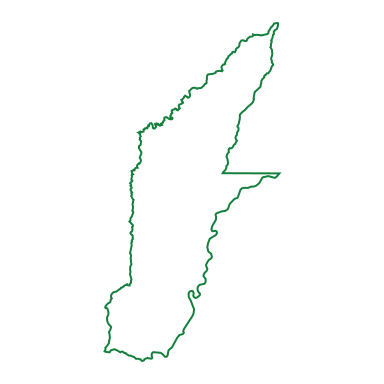 Araguaiana, Mato Grosso, Brazil (orthographic projection)
{"feature_id": "56859067B99651532330055", "entity_name": "Araguaiana", "entity_type": "district", "adm_level": 2, "iso_a3": "BRA", "parent_name": "Brazil", "parent_adm1": "Mato Grosso", "projection": "orthographic", "projection_center": [-51.78, -15.076], "detail": "fine", "context": "isolated", "style": "outline", "palette": "green", "viewbox_px": 384, "rotation_deg": 0, "n_neighbors": 0, "source": "geoboundaries", "source_scale": "gbopen_adm2", "svg_char_len": 6005}
<svg xmlns="http://www.w3.org/2000/svg" viewBox="0 0 384 384"><path d="M182.0,101.4L182.7,101.8L183.1,102.7L180.8,104.2L179.1,104.6L178.7,105.6L179.4,107.4L178.9,108.1L179.6,108.6L177.8,110.3L176.6,109.9L176.3,108.9L175.3,108.5L173.7,109.7L172.3,109.9L171.7,110.9L171.8,111.8L172.3,112.3L172.2,113.3L171.2,113.8L170.9,115.2L170.3,115.8L170.3,117.1L170.6,117.7L171.9,117.5L172.5,118.2L172.2,119.0L170.8,119.4L168.8,118.8L166.4,117.1L164.4,117.6L164.2,119.3L164.5,120.1L163.1,121.4L162.8,122.8L161.6,123.3L161.6,124.1L162.1,124.9L160.2,125.6L160.0,124.7L159.5,125.2L158.2,124.9L158.1,124.0L157.3,124.2L156.7,123.4L155.2,123.8L155.1,124.6L156.0,126.1L156.0,126.8L154.8,128.4L153.9,128.6L153.0,128.0L152.5,124.8L151.3,123.2L150.1,123.4L149.3,124.4L149.0,125.8L148.3,125.4L147.4,128.1L146.5,127.7L145.1,128.9L144.6,128.6L143.5,129.7L143.8,130.6L143.5,131.5L141.9,132.0L140.2,131.5L138.7,132.4L139.7,132.6L139.4,133.4L140.2,133.5L139.9,134.5L140.8,136.4L139.8,137.7L140.1,138.4L139.7,139.6L141.1,141.2L140.6,144.9L139.0,146.0L138.9,146.9L138.9,148.0L141.3,152.2L141.3,153.8L139.8,157.2L139.8,157.9L140.9,159.9L140.7,161.9L139.4,163.7L138.7,163.5L138.5,164.1L137.8,164.3L137.0,165.8L137.1,166.9L137.6,167.7L136.1,167.8L135.4,168.2L134.7,169.3L133.9,169.6L134.3,170.4L131.6,170.9L132.0,173.0L132.9,174.2L132.0,174.4L131.6,175.2L132.1,176.0L132.0,176.7L131.3,179.3L132.3,180.5L132.2,181.3L131.4,181.5L130.1,183.3L131.0,184.2L131.2,185.3L130.5,185.9L131.7,187.7L131.5,188.3L130.5,189.1L130.6,190.1L132.1,192.5L131.3,193.0L132.0,194.7L131.2,196.0L133.0,199.5L133.6,199.9L133.0,201.3L133.1,202.1L132.5,204.1L133.0,206.7L132.8,209.3L132.3,210.7L132.8,211.0L133.3,212.4L131.8,216.4L130.5,218.4L130.4,220.5L129.4,221.5L132.7,224.9L132.9,225.6L132.7,226.6L132.1,227.0L132.5,229.3L131.9,231.5L130.8,232.2L130.4,233.0L130.8,234.0L131.6,234.8L132.2,234.9L132.7,235.9L132.8,236.8L132.5,237.8L132.9,238.9L131.7,240.5L132.1,241.7L131.3,242.9L131.7,245.2L130.0,253.4L130.7,254.0L131.0,255.3L130.7,259.0L131.0,260.0L130.9,262.0L131.5,264.1L130.3,266.5L130.1,269.5L130.5,272.1L129.9,273.9L131.5,279.6L131.0,280.8L131.0,282.7L129.5,284.5L129.5,285.5L127.3,285.1L127.0,284.3L123.9,285.9L123.6,286.6L121.8,287.6L121.0,287.7L120.5,288.8L119.8,289.0L116.5,291.5L113.4,292.3L111.5,294.3L111.1,295.3L111.1,297.5L111.8,298.4L110.7,299.8L110.4,301.8L109.5,302.7L108.0,303.4L106.5,305.0L105.4,306.5L105.2,307.4L105.6,308.1L106.5,308.0L107.3,308.5L108.1,310.7L108.5,313.9L107.1,317.4L107.2,320.7L108.2,323.5L111.1,326.9L110.4,329.7L108.9,332.2L109.4,333.4L109.9,337.3L109.0,341.9L109.0,343.0L107.0,346.1L105.4,347.7L105.5,349.4L104.6,351.3L106.3,352.0L109.6,352.3L110.8,350.4L114.4,349.2L117.4,350.5L120.2,352.3L121.4,351.6L122.8,351.7L124.4,353.0L125.4,353.0L126.0,353.7L128.9,355.6L130.0,355.5L134.2,357.1L136.0,358.8L138.4,358.8L140.7,359.4L141.2,360.4L142.5,361.0L144.1,360.2L144.5,359.2L147.5,357.9L148.2,358.3L149.3,358.3L151.0,358.7L151.8,358.5L152.3,357.7L151.7,355.9L151.8,353.7L152.7,352.5L153.3,352.2L160.7,352.8L162.5,354.1L165.1,356.8L166.6,356.7L167.6,355.3L168.6,350.2L172.0,347.3L177.3,337.6L179.4,335.1L182.6,334.1L183.5,333.5L183.8,332.7L183.2,331.3L183.9,329.1L192.2,316.4L193.5,313.6L194.1,309.3L190.7,300.5L189.1,297.7L188.7,296.6L188.6,293.8L189.2,292.1L189.9,291.4L192.0,290.9L192.9,291.3L193.7,293.2L193.3,295.6L193.8,297.0L195.6,298.0L197.2,297.4L199.6,295.4L200.1,293.9L198.4,291.9L197.7,290.4L197.5,288.3L197.9,286.7L199.5,284.9L204.4,283.8L205.5,282.1L205.7,280.2L205.4,278.6L203.8,276.7L203.5,275.4L204.5,272.9L206.5,271.1L207.2,269.7L207.3,268.6L206.2,266.3L206.1,264.7L208.0,261.1L209.0,259.8L211.2,258.4L211.9,256.9L211.1,253.6L208.9,252.0L208.1,250.9L207.3,247.0L208.0,243.4L209.8,238.7L215.9,235.0L216.9,233.3L216.8,231.7L216.1,231.1L215.1,230.8L212.7,231.2L212.1,231.0L211.4,229.5L212.2,226.1L215.9,219.8L216.1,216.7L215.6,215.3L215.7,214.3L216.4,213.4L217.2,213.0L221.7,211.4L225.3,210.9L227.6,209.3L228.1,208.7L229.5,204.4L230.2,203.4L234.4,199.0L237.3,197.9L237.9,197.1L240.5,189.7L241.9,188.3L243.7,187.9L248.1,187.9L251.1,186.6L254.4,186.5L256.5,185.4L259.4,183.0L262.2,177.8L263.1,177.2L268.4,176.1L274.6,177.8L275.4,177.6L276.8,176.5L279.4,173.4L222.7,173.2L223.2,172.2L225.5,169.8L226.4,167.8L226.3,166.1L227.4,165.0L228.1,163.1L227.4,158.8L226.5,156.7L227.3,154.1L228.8,152.2L228.6,149.9L229.1,148.7L229.9,148.1L231.2,148.3L232.5,147.5L234.0,144.7L235.4,143.8L236.0,142.0L237.0,140.8L235.9,139.3L235.5,138.0L235.9,136.2L236.7,135.4L237.2,132.2L238.4,130.6L238.5,128.0L237.5,126.8L237.4,126.2L238.7,123.8L239.8,118.7L239.8,114.8L241.8,112.5L245.5,109.5L247.5,107.1L252.1,103.2L253.1,101.7L254.0,99.0L253.6,98.4L253.7,97.5L254.7,92.1L260.5,86.8L260.8,84.1L261.3,83.4L261.3,81.3L262.2,79.4L264.4,77.2L264.1,76.4L264.7,75.3L265.6,75.0L266.8,73.4L268.0,73.4L270.2,70.9L271.9,66.2L273.1,65.1L272.9,63.9L271.8,62.4L271.9,61.0L271.2,59.2L271.3,57.5L272.0,55.9L272.3,53.7L271.9,49.8L270.4,47.2L271.0,46.0L270.9,43.8L271.7,42.1L271.7,41.0L271.2,40.6L272.4,38.0L273.1,34.7L273.9,34.1L273.8,31.4L274.6,30.9L275.1,29.9L276.6,29.3L277.1,28.5L277.9,25.9L278.1,23.3L277.4,23.0L274.2,23.5L272.2,26.5L271.0,27.1L270.6,28.2L268.5,31.4L268.3,33.3L267.2,34.1L260.8,35.5L260.1,35.1L257.5,34.8L254.8,35.1L253.2,34.5L253.4,35.3L252.5,36.3L249.8,36.8L247.6,38.6L246.5,40.9L245.4,41.1L242.7,40.2L241.3,40.6L239.6,43.1L239.4,43.9L239.5,44.9L239.0,46.5L237.5,47.9L236.7,48.2L235.8,49.4L235.9,50.2L234.8,52.3L233.4,51.8L232.5,51.9L231.9,53.5L230.7,54.1L229.4,55.7L228.4,56.2L228.1,57.7L227.4,58.5L226.8,58.8L225.0,62.8L225.1,64.0L224.3,64.5L223.3,64.4L221.9,66.0L221.4,67.7L222.6,70.6L222.0,71.3L219.8,70.8L216.3,71.4L215.8,71.9L215.6,72.8L214.7,73.2L212.5,73.9L208.1,74.4L207.3,75.3L206.8,77.3L207.0,78.8L206.5,80.8L206.6,82.9L205.9,83.7L204.9,83.9L203.7,85.8L201.1,88.0L197.9,88.2L197.2,88.8L195.1,87.7L192.5,87.9L189.1,91.1L190.2,95.2L189.6,96.9L188.1,97.8L187.5,97.5L187.0,96.6L185.8,96.3L185.1,95.7L184.1,96.7L184.0,97.4L182.9,98.8L182.2,99.6L181.4,99.8L182.0,101.4Z" fill="none" stroke="#15803d" stroke-width="2"/></svg>